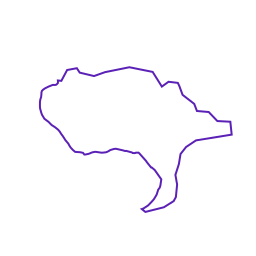 outline of Livingston, Kentucky, United States of America, rotated 300°
{"feature_id": "52423323B40922319386864", "entity_name": "Livingston", "entity_type": "district", "adm_level": 2, "iso_a3": "USA", "parent_name": "United States of America", "parent_adm1": "Kentucky", "projection": "natural_earth1", "projection_center": [-88.42, 37.204], "detail": "fine", "context": "isolated", "style": "outline", "palette": "violet", "viewbox_px": 256, "rotation_deg": 300, "n_neighbors": 0, "source": "geoboundaries", "source_scale": "gbopen_adm2", "svg_char_len": 1353}
<svg xmlns="http://www.w3.org/2000/svg" viewBox="0 0 256 256"><g transform="rotate(300 128 128)"><path d="M92.1,204.0L103.6,198.8L111.1,192.5L122.2,190.1L131.7,186.5L140.6,187.8L151.3,193.1L174.1,221.1L184.6,213.5L178.7,201.9L182.2,189.9L177.2,179.2L182.0,173.3L184.0,158.7L189.9,151.6L192.0,148.6L188.3,140.0L180.8,136.6L188.9,121.3L181.3,98.8L164.9,80.2L156.0,72.6L151.8,58.5L154.2,53.8L147.8,46.3L135.5,46.7L134.1,43.5L133.1,44.2L131.8,44.8L129.8,44.3L129.1,43.7L127.7,41.3L124.3,38.6L121.0,36.4L118.7,35.3L117.1,34.9L115.7,35.2L115.1,35.5L113.8,36.2L111.3,37.3L108.9,37.8L106.8,38.6L103.2,40.6L101.2,41.9L97.9,45.2L96.4,47.0L94.2,51.0L93.6,56.0L92.4,60.3L92.2,64.4L91.6,68.3L90.7,70.8L89.6,72.8L88.3,75.8L86.1,80.0L84.6,84.2L83.4,86.1L82.4,88.1L81.4,91.3L80.9,94.2L83.1,98.7L84.0,101.5L83.2,103.4L83.6,104.2L86.1,107.0L88.9,109.1L90.6,111.0L91.4,112.4L93.2,117.0L93.7,118.0L95.9,121.0L97.5,122.3L100.2,123.8L103.0,126.5L104.0,128.0L105.9,134.1L106.7,137.2L107.3,137.9L108.8,143.8L108.7,144.6L109.5,146.2L110.0,146.8L110.6,147.2L111.9,149.5L111.7,150.5L108.4,160.4L108.0,161.0L105.4,167.6L105.4,167.9L105.7,168.2L105.0,172.1L100.2,182.5L94.4,184.8L92.1,185.3L89.7,185.0L84.8,186.1L81.4,186.1L79.1,186.0L75.6,185.3L70.9,184.1L66.0,181.6L64.7,180.5L64.0,185.0L77.3,198.7L87.5,204.1L92.1,204.0Z" fill="none" stroke="#5b21b6" stroke-width="2"/></g></svg>